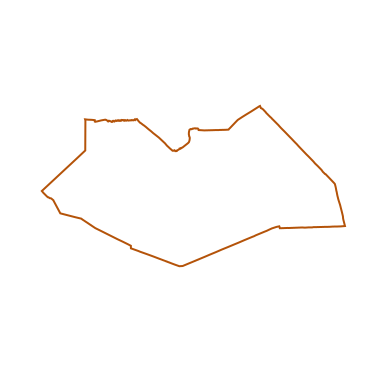 Tri Ton, An Giang, Vietnam (Equal Earth projection), rotated 320°
{"feature_id": "81297802B61282348708206", "entity_name": "Tri Ton", "entity_type": "district", "adm_level": 2, "iso_a3": "VNM", "parent_name": "Vietnam", "parent_adm1": "An Giang", "projection": "equal_earth", "projection_center": [104.991, 10.41], "detail": "fine", "context": "isolated", "style": "outline", "palette": "amber", "viewbox_px": 384, "rotation_deg": 320, "n_neighbors": 0, "source": "geoboundaries", "source_scale": "gbopen_adm2", "svg_char_len": 5399}
<svg xmlns="http://www.w3.org/2000/svg" viewBox="0 0 384 384"><g transform="rotate(320 192 192)"><path d="M299.4,169.8L298.6,169.6L288.7,168.3L283.5,167.5L278.5,166.8L275.9,166.5L273.4,166.2L271.4,166.4L262.4,167.4L260.9,167.5L260.1,167.7L259.4,167.2L257.4,165.7L255.9,164.5L253.0,162.2L252.1,161.6L251.5,161.1L250.1,159.9L248.7,158.8L247.3,157.7L241.0,152.7L238.7,150.5L236.9,148.8L237.3,148.1L237.2,147.6L237.3,147.2L237.2,147.0L236.8,146.7L236.3,146.2L236.1,146.0L236.0,145.9L235.7,145.9L235.6,145.7L235.5,145.4L235.0,145.0L234.8,144.8L234.3,144.5L233.8,144.3L233.7,144.3L233.5,144.2L233.4,144.0L233.3,143.9L233.1,143.8L232.8,143.8L232.5,143.8L232.1,143.7L231.9,143.5L231.9,143.4L231.7,143.1L231.4,142.9L231.2,142.9L230.3,142.7L230.1,142.7L229.7,143.0L229.0,143.5L228.6,143.8L228.1,144.2L226.8,145.6L226.6,145.9L226.3,146.5L226.0,147.0L225.7,147.4L225.6,147.7L225.5,148.3L225.3,148.7L225.0,149.2L224.1,150.1L223.2,150.9L222.4,151.4L221.9,151.7L221.5,151.9L220.8,151.9L220.5,152.0L213.3,151.8L213.0,151.6L212.6,151.6L212.1,151.6L211.9,151.3L211.8,151.2L211.3,151.4L211.0,151.4L210.8,151.4L210.6,151.1L210.6,150.9L210.4,150.7L209.7,151.0L209.4,151.0L208.9,150.9L208.5,150.8L208.1,150.8L207.7,150.7L207.3,150.5L207.1,150.5L206.9,150.6L206.8,150.8L206.6,150.8L206.4,150.7L206.2,150.4L205.6,150.1L205.4,149.9L205.4,149.5L205.5,149.3L205.5,148.9L205.4,148.7L204.6,148.5L204.3,148.4L204.0,148.3L203.8,148.1L203.6,147.8L203.6,147.5L203.1,144.5L202.8,141.9L202.6,140.4L202.6,138.9L202.6,137.2L202.5,136.5L201.9,131.5L201.6,129.0L201.2,127.1L200.6,124.2L200.1,121.9L199.7,119.2L199.0,115.7L198.5,112.6L198.0,110.2L197.5,108.5L197.5,108.1L197.3,107.5L197.2,106.9L196.9,105.8L196.7,105.4L196.7,104.9L196.7,104.3L196.6,103.4L196.7,102.1L196.7,100.7L196.4,100.6L196.2,100.7L195.9,100.5L195.8,100.4L195.6,100.3L195.3,100.3L195.1,100.4L194.8,100.4L194.7,100.4L194.7,99.9L194.8,99.6L194.7,99.6L193.9,99.5L193.5,99.5L193.3,99.5L192.8,99.1L192.5,98.7L192.4,98.6L192.2,98.4L192.2,98.2L191.6,98.0L191.3,98.0L191.2,97.9L191.1,97.7L190.9,97.4L190.5,97.3L190.3,97.1L190.1,97.0L190.0,96.9L189.9,96.7L189.6,96.6L189.4,96.6L189.1,96.3L189.0,96.1L189.0,95.9L188.9,95.6L188.8,95.3L188.6,95.3L188.1,95.3L187.7,95.0L187.6,94.9L187.5,95.0L187.4,94.9L187.3,94.4L187.2,94.2L186.8,94.2L186.7,94.3L186.6,94.2L186.5,93.8L186.5,93.7L186.4,93.5L185.8,93.8L185.7,93.7L185.6,93.1L185.5,92.8L185.4,92.5L185.3,92.4L185.2,92.4L184.9,92.3L184.8,92.1L184.5,92.1L184.4,92.0L184.4,91.9L184.3,91.7L184.2,91.5L183.8,91.6L183.4,91.8L183.2,91.8L183.1,91.7L183.0,90.9L182.8,90.8L182.7,90.7L182.5,90.8L182.3,90.9L182.0,90.8L181.8,90.7L181.6,90.2L181.5,89.8L181.5,89.6L180.9,89.6L180.7,89.1L180.2,89.1L179.9,89.1L179.7,88.7L179.6,88.3L179.5,88.1L179.2,88.0L178.6,88.2L177.9,88.2L177.7,88.0L177.7,87.7L177.7,87.3L177.6,87.0L177.5,86.9L177.4,86.9L177.2,86.9L176.6,87.0L176.3,87.0L176.3,86.7L176.0,86.8L175.7,86.8L175.5,86.7L175.4,86.3L174.7,84.7L174.4,84.6L174.3,84.2L174.2,84.0L174.1,83.9L173.6,84.0L173.3,84.1L173.1,84.1L173.0,83.9L173.0,83.1L172.8,82.2L172.6,81.7L172.4,81.3L172.1,81.1L172.0,80.8L168.5,78.8L165.2,77.2L163.0,76.0L162.8,75.6L163.2,75.0L163.5,74.8L163.7,74.5L162.8,73.5L162.6,73.3L161.1,71.8L159.4,70.3L157.9,68.8L157.1,67.9L156.8,67.6L156.3,68.7L136.9,91.6L126.1,92.2L77.6,94.7L77.6,95.2L77.6,97.3L77.7,98.3L77.8,99.4L77.9,100.7L78.1,102.8L78.2,103.1L78.3,103.3L78.3,103.5L78.7,103.8L79.0,105.2L79.5,105.7L79.7,106.0L80.0,106.4L80.5,109.2L80.4,109.4L77.4,123.7L81.6,129.6L86.4,136.3L90.1,141.3L90.3,142.4L94.7,157.5L97.2,163.2L104.6,180.3L106.9,185.3L109.4,191.0L110.6,193.9L109.3,195.5L109.0,195.9L113.1,202.9L113.8,204.3L117.4,210.4L120.8,216.3L124.2,222.4L132.0,236.3L134.6,240.7L136.6,242.2L137.3,242.7L143.4,244.6L160.3,249.9L165.6,251.5L171.6,253.4L178.0,255.3L184.2,257.3L190.6,259.3L195.0,260.7L197.0,261.3L200.7,262.4L209.9,265.3L210.6,265.6L213.1,266.2L216.6,267.3L222.3,269.1L224.4,269.8L226.4,270.3L228.9,271.0L229.7,271.2L234.4,273.1L235.7,273.8L236.8,274.4L236.7,274.7L236.2,275.8L236.0,276.2L237.0,277.0L238.0,277.8L242.0,280.9L243.4,282.1L253.6,290.0L255.6,291.9L258.2,293.8L261.4,296.4L262.3,296.9L263.0,297.4L264.9,299.0L268.3,301.7L270.3,303.3L271.1,303.9L273.0,305.5L275.7,307.6L277.1,308.6L278.5,309.7L281.2,311.9L283.9,314.0L287.3,316.4L290.1,310.6L290.8,309.3L291.8,307.9L292.2,307.2L293.0,305.6L294.0,303.6L296.1,299.2L296.8,297.8L296.9,297.5L297.1,297.2L298.1,294.7L298.8,293.0L299.4,291.6L300.1,290.2L301.0,288.3L302.1,286.3L302.8,285.1L303.4,283.8L304.1,282.6L305.1,280.8L305.6,279.8L306.6,277.7L306.6,276.8L306.6,276.2L306.5,274.9L306.4,273.3L306.1,268.4L305.8,264.3L305.8,264.1L305.7,263.9L305.5,263.7L305.4,263.5L305.4,262.8L305.4,262.3L305.2,260.9L305.3,259.4L305.4,258.5L305.4,258.3L305.3,256.9L305.0,252.9L304.6,249.2L304.6,246.6L304.1,239.6L303.8,236.6L303.6,233.4L303.4,230.3L303.2,227.2L303.1,225.5L303.0,222.2L302.9,221.4L302.7,218.7L302.5,215.3L302.3,212.9L301.8,205.7L301.6,203.3L301.5,202.5L301.5,202.3L301.4,201.2L301.3,200.0L301.2,197.7L301.2,196.5L301.0,194.2L300.9,193.0L300.6,189.4L300.6,188.9L300.5,188.6L300.5,188.2L300.4,187.7L300.4,187.2L300.4,186.5L300.4,186.3L300.4,186.0L300.2,185.1L300.1,184.1L300.1,183.8L299.9,182.1L299.9,181.3L299.8,180.5L299.8,180.2L299.7,179.8L299.7,178.7L299.8,178.3L299.7,177.7L299.7,176.6L299.6,175.8L299.6,175.4L299.6,174.6L299.4,173.8L299.2,173.2L299.2,172.9L298.9,172.3L298.7,172.0L299.4,169.8Z" fill="none" stroke="#b45309" stroke-width="2"/></g></svg>